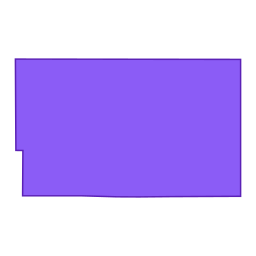 outline of Bennett, South Dakota, United States of America
{"feature_id": "52423323B93882616989582", "entity_name": "Bennett", "entity_type": "district", "adm_level": 2, "iso_a3": "USA", "parent_name": "United States of America", "parent_adm1": "South Dakota", "projection": "mercator", "projection_center": [-101.7, 43.193], "detail": "fine", "context": "isolated", "style": "filled", "palette": "violet", "viewbox_px": 256, "rotation_deg": 0, "n_neighbors": 0, "source": "geoboundaries", "source_scale": "gbopen_adm2", "svg_char_len": 279}
<svg xmlns="http://www.w3.org/2000/svg" viewBox="0 0 256 256"><path d="M15.4,59.1L15.9,150.4L22.9,150.5L22.6,195.8L81.9,195.8L116.7,196.8L139.2,196.9L171.1,196.6L240.0,196.3L240.3,196.3L240.6,196.3L240.6,59.4L15.4,59.1Z" fill="#8b5cf6" stroke="#5b21b6" stroke-width="1.5"/></svg>